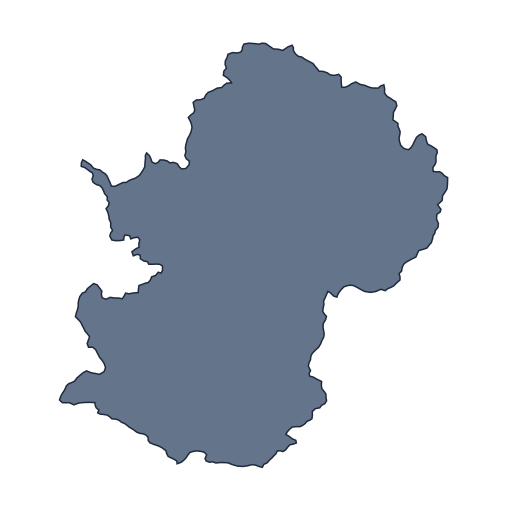 outline of Itabira, Minas Gerais, Brazil, rotated 274°
{"feature_id": "56859067B16136879944299", "entity_name": "Itabira", "entity_type": "district", "adm_level": 2, "iso_a3": "BRA", "parent_name": "Brazil", "parent_adm1": "Minas Gerais", "projection": "robinson", "projection_center": [-43.301, -19.603], "detail": "fine", "context": "isolated", "style": "filled", "palette": "slate", "viewbox_px": 512, "rotation_deg": 274, "n_neighbors": 0, "source": "geoboundaries", "source_scale": "gbopen_adm2", "svg_char_len": 5998}
<svg xmlns="http://www.w3.org/2000/svg" viewBox="0 0 512 512"><g transform="rotate(274 256 256)"><path d="M422.8,378.9L424.4,375.6L427.5,372.9L432.0,372.6L435.7,371.6L434.2,368.2L432.0,366.4L431.9,363.5L431.7,360.6L432.3,357.1L433.8,352.7L434.5,347.8L436.6,343.4L434.7,339.6L431.9,335.9L430.5,332.9L430.4,329.7L435.2,328.9L440.6,328.4L443.0,325.8L441.7,322.0L441.8,317.6L443.7,314.4L444.8,310.3L444.8,306.0L446.9,304.2L449.5,301.6L452.0,299.4L453.7,295.5L455.6,291.2L457.8,287.5L458.0,284.6L460.4,281.2L463.8,278.9L466.4,278.8L468.8,277.3L466.8,273.2L464.7,270.6L462.9,268.2L463.8,264.1L463.8,258.9L466.3,254.7L468.7,250.7L468.7,246.9L467.5,244.3L467.8,240.0L467.8,234.0L466.6,229.2L463.4,227.9L460.5,227.8L458.3,226.4L457.2,223.1L457.3,218.4L455.3,214.0L451.7,213.2L448.5,211.8L445.1,211.8L441.3,213.4L438.3,211.1L433.9,210.8L432.0,214.6L429.3,217.8L426.9,219.5L426.4,214.8L424.1,212.1L421.7,210.1L420.7,205.4L418.0,201.4L415.9,196.9L413.0,194.6L409.8,193.4L408.0,189.7L407.5,185.6L404.9,182.6L400.8,183.7L397.1,184.8L394.4,183.7L392.0,181.0L389.5,178.8L386.5,180.7L383.2,182.3L379.8,183.2L375.6,182.6L371.8,181.3L368.2,179.5L364.7,178.8L362.1,178.3L358.7,178.0L355.2,178.8L351.2,178.0L348.2,179.6L345.9,182.9L342.5,182.9L338.5,180.1L337.6,175.8L339.5,173.3L342.6,171.0L343.7,167.0L342.8,163.7L344.6,160.9L345.3,157.6L345.2,153.6L342.4,151.7L341.1,149.1L342.6,145.6L345.8,144.3L348.7,142.7L351.2,139.7L348.6,138.6L345.8,138.9L343.0,138.8L337.2,138.8L334.1,137.5L331.1,135.8L328.2,134.0L325.3,130.3L323.8,126.8L322.4,124.0L320.4,121.6L320.0,118.1L317.9,114.3L315.7,110.5L315.6,106.9L319.2,105.2L323.1,103.1L325.7,101.7L327.6,99.7L329.1,96.7L331.0,94.3L331.4,90.6L332.4,87.6L335.4,84.8L338.7,79.1L339.9,76.4L336.7,75.3L333.2,75.4L332.4,78.7L330.6,81.8L328.8,84.4L327.5,87.0L324.5,88.0L321.3,87.0L318.1,88.4L316.1,91.9L315.3,95.3L313.5,97.5L310.7,99.2L307.7,100.6L304.6,103.6L301.4,103.6L299.4,105.7L295.8,105.3L292.8,103.1L290.1,104.7L287.7,105.7L285.2,106.5L282.5,106.9L279.1,108.8L274.7,109.0L271.5,111.1L268.8,109.4L265.6,108.8L261.9,111.1L261.5,114.6L261.8,118.8L262.7,122.9L265.3,122.9L267.9,123.8L267.4,128.5L264.3,129.9L265.7,132.9L266.5,136.9L264.1,138.9L260.2,138.3L256.5,138.6L254.7,135.5L251.6,131.9L247.6,133.6L249.4,137.5L248.6,140.4L245.2,140.8L243.2,144.4L242.8,148.0L240.3,149.6L240.6,153.9L241.0,157.2L241.0,160.7L239.5,163.4L235.0,163.7L232.3,162.5L233.0,159.6L229.6,157.2L228.0,153.4L224.7,152.3L222.0,150.4L221.2,147.6L219.8,144.6L218.4,141.3L214.3,141.0L211.3,141.1L210.9,138.3L210.2,134.7L209.4,131.9L209.9,128.5L207.2,127.4L204.0,125.6L204.5,121.8L204.2,118.0L204.6,113.4L202.4,109.4L203.6,105.5L207.1,104.4L210.2,104.7L212.9,102.4L216.2,99.5L217.2,95.9L214.6,93.2L211.7,90.1L208.3,88.3L206.9,85.3L203.1,83.0L199.5,82.2L196.7,81.9L194.1,82.2L190.7,81.8L186.9,80.8L182.9,80.1L180.3,83.0L177.8,85.7L174.9,87.3L171.6,89.4L169.0,90.8L166.8,93.1L163.8,95.6L160.3,94.6L156.8,93.7L153.3,95.3L153.6,99.5L151.5,102.5L148.3,104.4L143.9,107.1L141.1,109.8L138.2,112.0L134.1,113.7L130.0,112.5L127.0,108.0L127.6,103.9L128.0,99.7L129.6,94.9L127.6,91.8L124.8,88.8L121.8,85.8L118.4,83.7L116.8,80.8L115.6,78.1L113.2,75.9L108.9,74.4L105.5,72.4L102.6,71.1L98.7,70.0L96.2,73.0L96.3,76.0L96.6,80.1L94.8,84.7L97.0,89.5L97.9,94.9L98.4,100.5L98.5,105.5L95.9,106.0L93.4,107.2L91.3,110.0L88.5,109.0L87.4,111.6L87.3,114.7L87.0,118.4L85.7,120.9L83.5,123.6L83.5,127.1L82.8,130.4L80.8,133.4L79.7,136.6L78.1,139.2L76.4,141.5L74.4,145.6L72.0,149.2L71.0,152.2L70.8,155.3L69.8,158.6L67.7,160.9L64.3,161.4L62.2,163.3L60.9,167.3L59.8,171.7L58.3,175.4L55.6,179.6L52.3,180.9L49.9,182.4L48.5,185.9L47.4,188.6L46.0,191.3L43.2,191.8L45.1,195.9L47.2,198.2L49.6,200.2L52.7,201.9L55.2,203.5L56.4,206.1L57.5,210.4L57.2,215.2L56.5,218.4L54.2,220.6L50.4,219.3L48.0,220.6L47.0,224.1L47.7,227.1L46.7,230.3L47.4,234.4L47.7,238.4L47.7,242.5L46.5,246.1L45.8,249.0L45.1,252.6L45.1,257.3L46.1,262.2L47.6,266.6L47.3,270.5L46.3,273.4L45.6,277.1L48.6,278.2L50.4,281.5L53.3,283.6L55.9,286.2L58.1,287.9L60.1,289.7L63.0,290.8L63.4,293.8L62.8,296.6L64.7,299.1L67.9,301.2L70.1,303.1L70.9,306.2L72.3,309.3L74.9,308.6L76.2,304.9L78.5,301.5L80.1,298.2L82.9,299.6L85.5,301.6L87.9,304.1L88.6,308.2L88.8,311.8L90.3,314.4L92.5,316.9L94.6,318.3L95.8,320.9L97.5,323.1L100.5,323.4L104.7,323.0L107.9,325.9L109.0,330.2L111.6,331.8L113.4,334.9L116.5,336.5L120.1,335.7L123.1,335.4L125.9,333.2L128.2,331.0L131.6,330.2L135.4,330.2L137.3,325.5L139.2,321.6L139.9,318.0L142.4,317.1L145.5,318.4L149.8,315.9L153.5,316.4L156.2,317.6L160.0,317.7L162.9,319.0L166.3,321.9L169.5,324.9L172.9,326.6L176.7,327.8L179.7,329.2L183.3,329.4L186.9,328.5L189.9,327.8L193.2,327.8L197.4,329.9L200.7,330.5L202.7,328.4L205.4,326.4L208.3,326.6L212.4,327.1L215.8,326.6L218.1,327.5L220.9,328.5L225.7,330.2L224.4,333.0L221.6,336.0L220.6,339.5L223.7,340.4L226.0,341.7L228.5,343.4L231.4,345.9L232.9,349.4L233.5,352.8L233.2,355.7L231.7,359.1L229.7,363.3L228.2,366.9L227.7,372.6L228.8,377.6L231.5,383.0L230.4,387.4L232.4,389.4L234.1,392.7L235.8,395.5L237.9,397.2L240.1,399.3L242.1,401.3L245.3,401.1L248.4,399.9L250.9,402.2L254.9,402.7L257.8,403.7L260.2,406.0L262.3,409.2L264.6,412.8L266.0,415.5L269.1,416.6L272.8,418.0L274.3,422.3L275.9,426.0L278.7,427.8L281.6,430.0L285.5,430.9L288.4,431.2L290.9,432.7L293.8,433.1L297.4,435.6L301.1,435.7L305.5,433.5L310.2,433.5L312.8,436.7L315.6,437.2L317.6,435.4L320.0,433.6L322.1,435.8L324.6,437.9L329.1,437.9L333.2,440.3L336.2,441.8L340.2,442.0L343.8,441.9L347.6,441.7L349.4,437.9L351.5,436.0L352.9,433.2L352.5,430.1L352.8,426.8L356.6,426.3L359.4,428.0L362.2,429.0L365.6,428.7L368.5,428.5L371.5,429.6L374.6,429.1L376.5,426.0L377.9,423.3L379.7,419.3L382.9,418.0L386.9,416.9L389.5,413.1L387.8,410.0L385.5,407.8L381.3,406.0L377.6,404.6L375.0,403.0L372.8,400.9L373.0,398.0L374.0,395.4L376.6,392.6L380.2,391.2L383.5,390.5L387.3,391.0L390.1,391.1L392.6,390.0L395.2,388.6L398.2,388.3L399.8,385.8L401.4,383.0L405.2,383.2L409.0,383.1L411.5,384.4L415.8,386.0L419.6,384.7L421.1,381.7L422.8,378.9Z" fill="#64748b" stroke="#1e293b" stroke-width="1.5"/></g></svg>